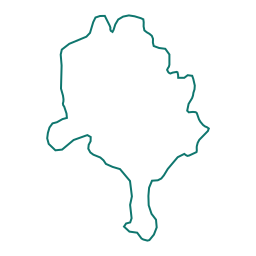 map outline of Kano (Robinson projection)
{"feature_id": "NGA-2869", "entity_name": "Kano", "entity_type": "State", "adm_level": 1, "iso_a3": "NGA", "parent_name": "Nigeria", "parent_adm1": "", "projection": "robinson", "projection_center": [8.618, 11.56], "detail": "fine", "context": "isolated", "style": "outline", "palette": "teal", "viewbox_px": 256, "rotation_deg": 0, "n_neighbors": 0, "source": "natural_earth", "source_scale": "10m", "svg_char_len": 1678}
<svg xmlns="http://www.w3.org/2000/svg" viewBox="0 0 256 256"><path d="M196.5,152.1L189.2,155.5L187.4,155.9L185.7,155.0L184.3,153.9L177.7,157.2L167.8,168.9L163.9,175.3L161.3,178.5L157.8,180.3L152.0,180.7L149.1,187.7L148.4,196.0L148.7,205.3L151.5,213.8L156.0,219.7L156.7,227.4L153.9,234.6L149.4,240.1L147.4,240.6L143.3,239.5L141.5,238.5L137.2,232.7L129.4,231.6L124.0,226.6L126.1,223.5L130.2,222.4L131.6,218.2L130.1,204.9L131.9,196.4L130.0,181.0L120.0,169.1L112.6,166.9L105.9,163.9L103.5,160.3L100.3,157.5L93.4,154.7L90.3,152.4L88.3,148.7L88.7,144.8L90.6,141.2L90.7,137.0L87.3,135.1L73.6,140.0L62.1,149.6L55.4,150.3L48.7,143.9L47.2,138.3L47.9,132.9L49.5,127.5L52.5,123.4L57.0,122.2L62.5,119.1L66.9,117.9L66.5,113.5L64.2,106.6L63.2,105.2L62.9,103.5L63.4,101.5L63.5,99.3L63.0,95.7L61.0,88.6L61.6,65.5L60.7,54.6L61.8,49.6L69.3,43.8L86.4,36.7L90.0,32.9L93.2,22.2L95.5,17.5L100.0,16.0L104.8,15.9L109.7,25.7L110.4,27.6L110.3,29.3L110.8,30.8L112.5,31.9L113.6,29.8L115.3,24.4L118.2,19.5L123.1,16.6L128.9,15.4L134.6,16.3L140.9,18.2L143.3,19.3L143.7,22.2L143.6,26.4L144.4,30.4L146.8,32.3L149.4,33.8L151.8,35.8L153.0,38.8L152.9,42.6L153.7,46.0L159.1,48.0L165.3,48.8L169.4,54.5L169.4,64.7L168.9,66.7L167.9,68.2L167.1,69.9L168.4,72.3L169.4,73.1L170.4,73.5L172.7,72.6L176.7,71.9L177.5,72.3L178.1,75.0L178.2,77.8L184.3,77.8L187.7,75.2L192.2,75.8L193.3,79.0L194.8,85.6L194.5,89.4L193.4,92.8L193.0,95.5L192.1,98.1L188.6,103.9L187.2,110.7L188.8,112.3L193.0,111.9L195.7,112.2L196.8,113.1L199.0,119.4L200.4,121.8L203.1,125.0L205.3,126.6L206.6,127.0L208.8,128.5L207.9,131.0L199.3,139.8L197.7,142.8L196.8,146.2L196.7,147.7L196.8,150.7L196.5,152.1Z" fill="none" stroke="#0f766e" stroke-width="2"/></svg>